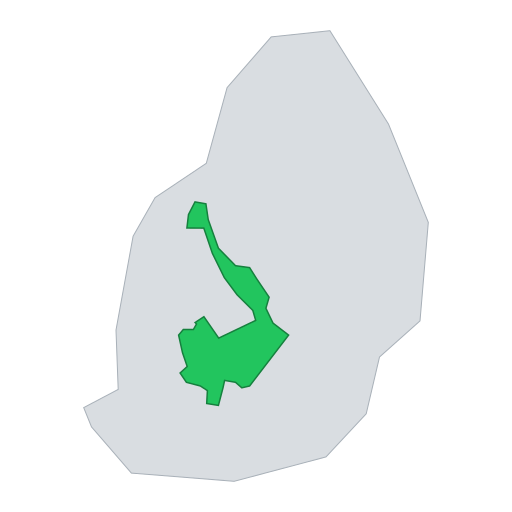 Plaines Wilhems on a map of Mauritius (Natural Earth projection)
{"feature_id": "MUS-5188", "entity_name": "Plaines Wilhems", "entity_type": "District", "adm_level": 1, "iso_a3": "MUS", "parent_name": "Mauritius", "parent_adm1": "", "projection": "natural_earth1", "projection_center": [57.506, -20.307], "detail": "fine", "context": "in_parent", "style": "filled", "palette": "green", "viewbox_px": 512, "rotation_deg": 0, "n_neighbors": 0, "source": "natural_earth", "source_scale": "10m", "svg_char_len": 897}
<svg xmlns="http://www.w3.org/2000/svg" viewBox="0 0 512 512"><path d="M326.0,456.9L234.1,481.3L131.4,473.1L91.5,426.9L83.7,407.6L118.2,389.4L116.0,330.1L133.1,236.2L155.1,197.6L206.3,163.3L227.1,87.6L271.2,36.9L329.9,30.7L388.5,124.1L428.3,222.4L420.0,320.9L379.5,357.0L366.2,413.8L326.0,456.9Z" fill="#d9dde1" stroke="#a8b0b8" stroke-width="1"/><path d="M288.6,335.1L249.6,386.0L241.8,387.8L235.5,382.3L224.6,380.4L223.0,387.8L218.4,405.4L206.7,403.5L207.4,390.6L200.4,386.0L186.4,382.3L180.1,373.0L187.2,366.5L182.5,352.7L178.6,335.1L183.3,329.5L193.4,329.5L196.5,324.0L195.1,322.5L203.9,316.7L218.7,338.1L255.7,320.4L252.8,310.4L237.0,294.7L224.3,277.6L212.4,253.4L203.8,228.1L186.9,228.0L188.5,214.5L195.0,201.9L205.9,203.8L208.2,219.5L218.4,248.2L235.5,265.7L249.6,267.6L256.6,278.7L269.1,297.2L265.9,308.3L273.0,323.1L288.6,335.1Z" fill="#22c55e" stroke="#15803d" stroke-width="1.5"/></svg>